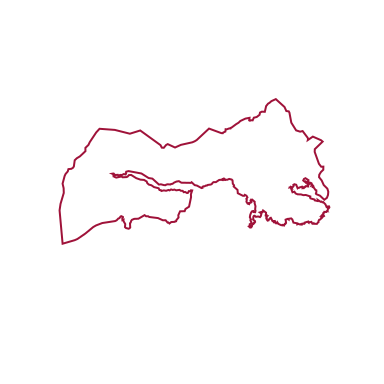 Etne nor, Hordaland, Norway (Mercator projection), rotated 226°
{"feature_id": "86288312B21434642963", "entity_name": "Etne nor", "entity_type": "district", "adm_level": 2, "iso_a3": "NOR", "parent_name": "Norway", "parent_adm1": "Hordaland", "projection": "mercator", "projection_center": [6.058, 59.799], "detail": "fine", "context": "isolated", "style": "outline", "palette": "rose", "viewbox_px": 384, "rotation_deg": 226, "n_neighbors": 0, "source": "geoboundaries", "source_scale": "gbopen_adm2", "svg_char_len": 6094}
<svg xmlns="http://www.w3.org/2000/svg" viewBox="0 0 384 384"><g transform="rotate(226 192 192)"><path d="M301.7,169.4L301.4,164.5L298.9,153.1L297.8,150.2L297.8,146.0L295.4,143.7L295.5,136.1L296.3,132.6L296.3,129.7L292.4,124.7L292.1,123.1L292.5,121.3L294.3,119.0L293.1,116.9L292.8,113.6L292.0,111.5L287.9,104.7L283.9,102.3L280.4,99.1L274.8,89.2L270.8,84.0L244.7,63.0L238.8,74.2L237.8,76.9L236.2,86.4L235.4,96.6L234.6,99.8L232.0,105.9L224.5,116.5L224.0,118.1L224.1,120.6L223.6,121.6L224.0,123.5L223.8,124.3L222.1,125.0L221.7,124.7L221.5,123.6L220.1,122.4L219.6,123.5L218.9,122.6L215.3,121.7L213.3,119.4L211.9,119.5L209.6,120.9L209.3,121.9L209.4,122.9L212.6,125.7L212.6,126.6L213.5,128.2L213.7,129.5L212.8,131.8L210.0,134.9L208.3,141.8L206.5,142.1L205.0,143.6L203.7,143.9L196.9,149.4L191.9,151.4L190.0,153.4L186.9,153.2L186.6,153.8L185.0,153.9L184.8,156.2L182.5,158.9L182.6,159.5L182.0,160.3L182.6,161.2L183.0,164.6L184.8,166.0L186.4,170.0L183.3,173.4L184.3,175.5L183.5,179.7L189.0,187.8L191.1,189.6L193.0,193.2L194.0,192.4L193.9,191.0L194.8,190.3L194.2,188.4L194.7,187.7L196.8,187.1L197.6,185.9L199.3,186.1L200.7,184.8L202.2,184.5L204.2,181.8L206.0,181.0L206.8,179.6L208.4,178.7L208.7,177.0L209.8,176.5L210.9,174.2L212.7,172.9L214.0,170.7L214.9,170.9L216.0,170.0L217.9,170.6L221.9,168.1L225.0,167.5L227.3,166.1L229.5,166.0L231.0,166.7L234.0,165.9L236.7,163.5L240.7,161.5L246.5,160.1L248.0,158.3L247.8,156.5L248.1,155.4L250.8,152.3L252.1,152.1L255.0,147.5L257.1,146.6L258.7,147.1L259.5,148.2L260.1,147.5L260.6,147.3L260.0,148.2L259.1,148.2L258.7,147.7L258.7,148.4L257.5,148.6L255.9,150.6L254.9,150.5L254.1,152.3L252.9,153.4L252.3,155.4L250.7,156.4L251.1,157.4L252.0,157.4L251.8,157.5L252.3,158.8L251.1,160.9L240.4,168.5L232.2,170.5L229.1,172.8L220.3,173.4L219.1,175.0L216.3,176.7L215.3,177.7L215.2,178.6L214.5,179.8L212.3,181.8L212.3,182.5L211.4,183.7L211.2,185.6L210.3,188.1L208.9,190.1L206.1,190.8L199.4,197.5L199.3,198.5L195.1,198.7L193.2,200.0L188.2,201.6L187.7,202.5L188.4,203.2L188.2,204.1L187.4,204.9L186.9,206.7L186.3,207.1L186.1,208.3L184.3,210.7L184.0,211.9L184.3,213.4L184.1,214.4L182.5,216.0L181.8,219.9L180.3,221.8L180.1,223.1L179.8,223.6L179.5,223.1L179.6,222.1L179.0,222.5L179.0,223.1L177.9,224.0L178.5,224.5L177.5,224.7L176.3,225.9L175.6,227.8L173.4,229.2L172.2,229.2L169.6,227.1L167.6,226.9L167.0,225.8L161.9,226.2L159.3,224.1L153.9,226.0L153.0,226.9L153.3,228.0L151.5,228.6L149.6,228.1L149.3,226.3L148.3,226.0L147.2,224.4L145.3,224.0L144.9,224.7L144.5,224.2L143.6,224.7L144.0,225.2L144.0,226.3L143.1,225.8L143.7,226.3L143.5,227.1L144.0,227.8L142.9,227.3L143.8,228.1L145.3,228.3L145.4,228.8L144.8,230.0L141.4,230.3L140.5,229.3L137.7,227.8L135.6,225.3L134.3,224.6L133.6,223.4L134.8,222.4L135.7,222.9L136.4,221.9L136.2,220.4L135.1,218.0L133.7,216.1L131.3,215.3L131.2,214.4L128.4,213.5L128.7,211.1L127.5,210.4L127.8,209.0L126.0,209.1L125.5,209.9L126.1,210.4L125.7,211.1L126.4,211.4L126.3,212.2L127.0,212.9L126.3,213.9L126.8,215.1L126.4,215.3L126.6,216.6L127.3,217.1L129.7,216.8L131.7,219.2L131.8,220.0L131.4,220.6L129.8,220.7L128.4,222.6L126.7,223.5L126.8,224.6L128.2,226.9L130.2,226.6L129.2,228.6L128.8,228.9L129.0,228.0L128.5,228.8L129.3,230.3L125.7,230.9L123.7,228.7L123.4,229.0L123.7,229.0L123.5,229.4L122.9,228.8L122.4,229.3L122.3,228.2L121.7,227.3L121.3,227.4L121.6,228.2L120.4,226.7L118.9,226.5L118.4,227.4L118.9,228.4L118.6,229.5L119.0,230.3L118.7,230.8L115.2,229.7L114.2,230.8L114.0,230.0L113.3,229.8L112.8,230.2L112.8,231.2L111.1,230.7L110.4,231.5L110.8,232.3L109.1,232.0L106.4,233.0L105.3,233.8L105.5,234.3L105.1,234.7L104.0,234.9L104.6,236.7L104.2,236.9L104.4,238.2L107.1,240.1L106.3,242.0L105.3,242.3L105.8,242.6L104.1,245.0L102.6,245.1L99.5,243.7L96.3,246.0L95.6,245.3L95.1,246.4L93.5,247.2L93.5,247.7L92.8,248.0L92.8,248.6L92.3,248.6L92.5,249.5L91.3,250.5L91.6,251.1L91.3,251.4L91.7,251.8L90.4,254.4L88.9,254.6L89.4,255.3L88.5,255.5L87.6,257.1L85.6,256.6L85.1,257.7L84.7,257.4L82.3,259.7L82.6,261.2L82.4,262.0L83.2,262.8L83.7,264.2L83.2,265.0L83.2,266.4L84.1,267.5L83.2,267.7L83.4,268.7L83.0,270.3L84.3,270.7L85.0,269.4L85.1,270.9L85.7,272.0L85.3,272.7L85.8,273.4L84.3,274.8L84.5,275.6L84.3,275.8L84.6,275.8L84.6,277.0L85.6,278.3L85.3,279.0L85.5,280.1L86.4,280.6L87.2,279.8L87.0,278.9L87.5,278.3L90.4,279.4L93.6,279.4L94.0,278.6L95.2,278.5L95.6,277.7L98.4,277.1L97.9,276.9L97.9,276.3L100.7,274.5L101.5,274.9L105.1,272.8L106.0,273.1L106.6,274.0L110.8,271.8L112.4,269.9L114.6,268.7L116.9,266.4L119.0,265.5L121.1,265.9L122.0,264.1L126.6,266.1L126.0,265.9L125.7,266.1L126.5,266.2L126.2,266.3L127.2,266.0L127.0,266.5L127.2,266.1L127.3,266.6L125.5,267.4L125.8,269.4L126.7,269.8L126.5,271.0L124.8,272.0L121.4,270.6L121.4,271.1L120.7,271.7L120.7,272.3L119.3,275.0L118.4,275.1L117.9,274.2L117.1,275.1L117.5,276.2L117.0,276.7L117.3,277.7L115.3,279.4L116.1,280.2L116.3,281.1L116.9,280.1L117.5,280.9L118.9,280.8L119.4,281.5L119.7,280.5L120.8,281.0L121.1,280.2L123.0,280.0L123.6,281.6L123.1,283.2L119.6,284.0L119.2,283.1L117.5,282.7L116.5,283.5L115.7,283.1L115.3,284.0L114.1,283.6L113.6,282.5L113.2,283.5L112.1,283.4L112.2,282.9L111.7,282.2L110.8,282.7L107.6,282.2L106.9,282.6L105.7,281.6L104.8,280.0L104.1,279.9L100.5,281.5L94.5,281.8L94.1,285.0L95.4,287.8L97.5,290.2L100.4,291.7L105.5,291.6L110.2,293.3L114.4,293.7L116.0,295.5L116.8,298.6L116.8,301.9L119.0,304.1L120.4,302.5L124.1,302.9L135.6,308.1L137.5,310.1L137.5,321.0L139.6,320.8L147.9,317.4L148.9,311.4L149.5,312.3L150.7,312.9L159.0,313.9L160.3,311.7L164.0,309.7L172.9,311.6L181.4,317.2L182.8,317.6L184.7,316.1L188.9,317.6L200.6,316.8L202.2,312.2L202.3,309.7L202.7,308.1L202.3,305.0L199.1,300.1L201.3,298.0L201.9,296.1L200.6,294.2L201.0,290.6L202.5,288.1L201.4,285.4L202.8,284.1L203.0,283.2L203.8,282.9L205.4,284.9L207.7,281.4L209.5,276.1L209.5,273.6L210.1,271.0L210.9,265.0L211.3,264.3L211.0,263.8L212.0,262.7L213.0,260.4L213.8,259.8L212.3,258.0L213.1,255.7L212.9,255.0L214.0,254.0L225.8,248.3L226.1,231.5L226.6,229.2L227.5,226.8L233.6,216.8L235.8,210.7L243.3,207.8L243.8,206.0L243.4,202.4L244.9,201.1L247.6,201.9L272.2,197.5L277.1,187.8L290.3,179.6L301.7,169.4Z" fill="none" stroke="#9f1239" stroke-width="2"/></g></svg>